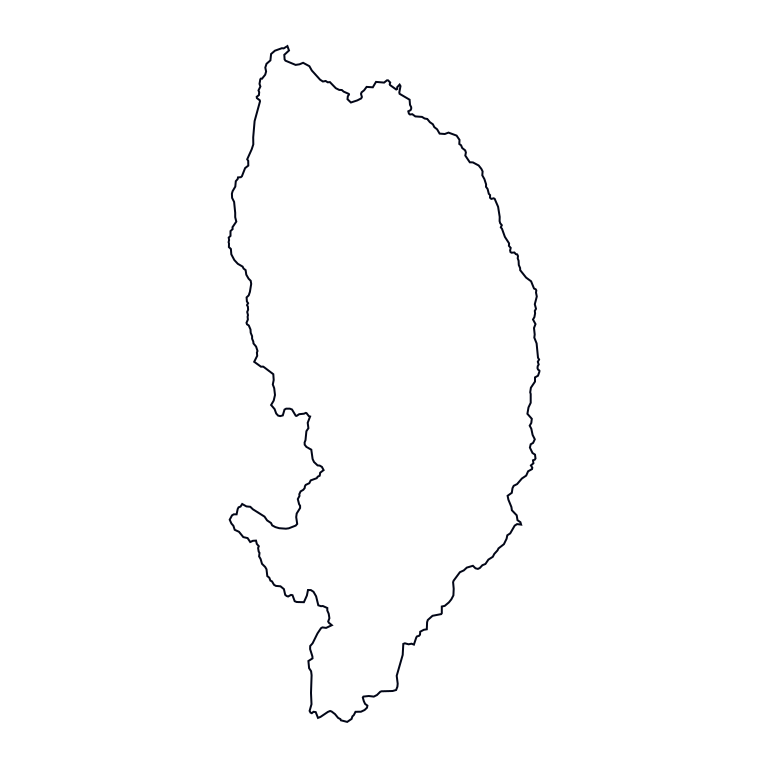 the district of Cotabambas, Apurímac, Peru
{"feature_id": "86281439B97750669772673", "entity_name": "Cotabambas", "entity_type": "district", "adm_level": 2, "iso_a3": "PER", "parent_name": "Peru", "parent_adm1": "Apurímac", "projection": "natural_earth1", "projection_center": [-72.288, -14.041], "detail": "fine", "context": "isolated", "style": "outline", "palette": "ink", "viewbox_px": 768, "rotation_deg": 0, "n_neighbors": 0, "source": "geoboundaries", "source_scale": "gbopen_adm2", "svg_char_len": 6063}
<svg xmlns="http://www.w3.org/2000/svg" viewBox="0 0 768 768"><path d="M245.1,168.1L241.9,176.3L240.8,177.2L238.0,177.4L237.7,179.0L235.8,181.2L235.3,186.6L232.6,191.2L231.9,193.7L232.1,197.9L234.1,201.9L235.2,212.8L235.2,217.2L236.3,221.6L232.5,227.2L232.6,229.1L230.5,231.1L230.5,235.9L228.7,237.6L229.1,240.0L228.6,242.2L229.0,243.5L228.9,247.1L230.9,249.0L231.3,254.3L234.3,260.0L237.8,263.8L242.6,266.6L243.6,268.6L245.6,270.1L246.3,274.7L248.6,278.7L250.7,280.8L251.2,283.9L249.9,291.9L248.7,295.4L246.6,297.4L246.9,301.5L248.1,303.2L247.0,305.1L247.9,306.7L248.1,309.7L247.2,312.0L248.0,315.1L247.6,316.8L247.9,319.5L246.5,322.8L247.0,324.3L248.8,325.5L250.5,329.5L250.7,332.8L252.1,336.2L252.1,338.7L253.3,341.6L253.5,343.5L256.1,346.6L257.5,351.0L256.9,352.5L257.2,355.8L254.2,361.8L261.0,366.7L263.1,366.6L264.2,367.3L273.3,374.2L273.7,380.0L272.8,384.5L274.2,388.2L275.0,395.0L273.7,400.6L271.1,405.0L274.6,409.1L276.2,413.5L278.1,415.6L280.2,416.1L282.8,415.4L284.5,409.6L286.1,408.7L289.9,408.7L292.0,409.5L295.7,415.7L296.6,415.9L299.2,414.2L304.0,413.7L305.8,412.9L306.5,413.1L308.8,416.1L310.1,416.5L307.7,422.8L308.4,428.2L306.4,431.2L305.5,440.1L304.6,442.5L304.7,444.7L306.4,446.9L311.3,449.7L312.6,459.0L314.0,462.0L317.6,465.4L319.7,465.6L321.9,466.9L323.6,470.1L320.2,472.7L319.7,475.7L317.7,476.7L316.7,478.2L310.7,480.4L309.3,483.2L305.7,484.9L304.9,486.3L304.7,488.0L303.3,489.8L300.6,491.4L299.3,494.2L299.5,495.9L297.8,499.1L299.1,504.2L300.1,505.8L300.1,508.0L296.7,513.5L296.2,517.1L297.2,523.9L295.7,525.6L288.8,528.3L285.9,528.7L279.2,528.2L275.4,527.1L272.2,525.4L271.0,523.0L267.1,520.4L264.5,516.6L252.9,509.3L250.3,506.8L246.4,506.4L242.2,504.0L240.5,506.6L238.6,507.3L237.7,509.0L236.6,514.3L233.8,514.3L232.0,515.4L229.7,519.7L231.4,523.5L233.4,525.8L234.7,529.8L239.0,531.8L243.3,537.1L247.6,538.1L250.2,542.0L252.9,540.8L256.0,540.6L256.8,543.9L258.8,546.2L258.1,548.0L258.7,551.6L259.5,552.9L259.1,556.4L260.6,559.0L262.0,563.8L265.2,567.0L266.5,569.3L267.3,576.1L269.3,577.7L270.4,580.6L272.0,581.4L274.0,584.8L275.9,585.9L280.5,586.3L283.9,589.1L285.2,594.8L286.6,596.0L288.1,596.5L291.0,594.9L292.5,595.2L294.7,601.2L296.7,602.0L303.9,602.2L306.9,595.5L308.0,590.0L310.9,590.1L313.5,591.8L316.1,596.3L318.3,605.3L321.0,606.2L322.8,606.0L327.3,608.0L327.3,610.5L328.7,613.7L329.4,618.2L328.2,621.5L328.8,622.7L331.8,625.2L326.1,627.9L322.4,627.4L321.0,628.2L317.5,633.4L312.6,643.3L310.2,646.0L310.1,649.1L312.4,656.4L312.5,658.4L308.4,661.0L309.1,668.2L311.1,671.2L311.6,675.2L311.0,692.9L311.5,704.2L309.6,710.9L310.5,712.6L311.8,713.2L313.5,711.8L315.7,712.1L318.0,717.9L320.5,716.9L327.9,711.9L330.1,711.0L331.6,711.5L335.0,714.1L338.1,717.9L340.4,719.1L340.9,720.3L347.2,721.9L351.6,718.9L352.4,716.4L353.8,715.1L355.5,711.8L361.0,711.7L364.6,710.0L367.0,707.7L367.4,705.6L365.1,703.9L363.8,701.1L362.8,697.5L363.4,696.6L368.8,696.0L373.8,696.6L377.0,695.0L380.2,691.8L381.5,691.3L392.6,691.0L396.1,690.0L397.4,686.7L397.7,683.7L396.7,675.8L402.7,654.9L403.3,643.9L404.9,643.3L408.6,644.3L411.5,643.7L413.9,644.6L416.3,637.4L417.0,636.4L419.1,635.8L420.0,634.6L420.2,631.7L423.8,629.8L426.8,629.3L427.1,622.2L427.8,620.0L432.5,615.8L441.2,614.1L441.8,613.2L441.8,606.5L444.7,605.9L448.9,602.4L451.3,599.4L453.4,595.4L453.7,588.8L453.1,582.2L453.6,580.7L459.9,572.2L463.8,570.4L466.8,567.6L472.9,565.8L475.5,568.3L477.9,568.9L479.8,568.0L482.4,565.2L485.4,564.0L488.4,559.6L492.8,556.8L494.3,553.9L497.5,550.4L498.5,548.4L503.9,544.2L506.6,538.7L507.3,535.3L510.2,533.4L514.7,525.6L517.1,524.1L521.1,524.6L520.4,522.2L517.5,520.2L516.7,515.3L511.9,510.3L511.4,507.0L508.4,499.7L507.6,495.8L511.8,492.8L512.5,488.2L513.7,485.8L517.1,484.1L521.9,478.5L526.2,475.6L528.1,471.3L532.0,469.1L532.3,467.7L530.9,465.4L533.4,463.3L533.0,460.3L534.7,459.7L535.5,458.5L535.0,454.6L532.5,453.0L529.9,447.6L530.7,444.3L533.1,442.9L534.8,439.3L532.6,434.9L531.3,428.7L529.7,425.7L531.3,422.9L531.8,418.8L527.4,413.8L528.5,407.4L530.7,402.8L530.7,394.0L530.2,392.3L530.9,387.7L535.0,381.6L535.0,377.4L538.0,375.7L539.4,371.7L539.4,370.6L538.0,369.5L537.5,368.1L537.7,366.2L538.7,364.5L537.8,361.8L539.1,359.5L538.0,357.7L536.6,343.4L534.3,337.6L534.7,334.5L534.0,328.0L535.5,324.1L533.0,319.5L534.4,317.1L535.1,313.3L534.8,310.9L536.0,308.8L534.8,304.2L536.8,296.5L536.0,292.6L536.3,290.4L535.7,289.3L534.0,288.5L531.1,281.3L526.1,277.6L520.2,270.2L520.1,268.0L518.8,265.0L518.6,260.8L517.7,258.3L518.0,256.1L517.2,254.4L515.8,254.1L514.4,252.5L511.5,252.7L510.5,252.1L510.1,250.4L510.7,247.9L508.9,245.8L509.1,243.4L504.9,236.9L502.0,228.8L500.8,227.3L501.8,225.2L500.2,223.2L499.6,221.1L499.7,216.9L498.1,206.8L494.7,198.9L493.7,198.3L491.3,198.9L490.0,197.7L490.1,195.1L488.8,193.8L487.6,189.0L486.0,186.8L486.1,184.4L484.4,179.1L482.3,175.3L482.6,171.4L481.3,168.8L478.7,165.5L472.9,162.4L469.8,162.3L465.3,155.6L465.9,152.5L465.2,150.4L462.2,148.0L461.1,145.3L459.3,144.0L459.5,139.9L456.6,135.6L448.5,132.6L444.8,134.0L439.6,133.6L437.1,129.3L434.3,127.1L432.9,124.3L429.9,122.2L427.3,119.0L424.6,118.5L422.0,116.9L415.3,116.4L412.3,114.2L410.0,114.5L408.9,113.6L408.3,111.3L410.5,110.2L411.2,108.8L411.2,107.2L410.0,104.8L409.6,99.7L399.6,93.8L399.3,92.4L400.5,86.1L399.6,84.6L397.2,87.2L397.2,89.0L396.2,89.5L390.1,85.1L389.7,84.3L390.2,82.5L388.0,80.3L387.0,80.3L384.1,82.6L376.0,81.9L372.8,87.3L366.6,86.9L364.1,90.3L361.6,92.3L361.0,93.9L361.9,97.0L361.2,98.4L357.3,100.4L350.9,102.5L347.5,99.2L347.8,96.3L349.0,94.6L348.8,93.9L343.6,91.6L341.8,90.0L339.2,89.9L335.8,88.2L329.9,82.1L327.7,82.3L325.7,81.0L322.9,81.5L320.1,79.7L311.8,70.5L309.4,66.2L303.1,62.8L299.5,64.3L295.6,64.9L285.5,60.7L284.6,59.4L284.3,54.8L289.0,50.5L287.4,46.1L283.7,48.4L281.9,48.2L274.9,50.7L271.1,54.0L270.4,60.4L266.5,63.8L265.3,67.6L266.1,71.5L265.2,74.7L262.0,78.7L260.9,78.6L260.3,79.3L259.5,83.9L260.4,86.5L258.5,90.4L259.2,92.2L258.9,95.1L256.7,96.8L256.9,98.1L259.8,100.3L260.0,101.4L254.6,121.1L253.2,137.4L253.3,144.4L251.7,149.3L247.2,159.3L248.2,160.8L248.3,165.6L245.1,168.1Z" fill="none" stroke="#020617" stroke-width="2"/></svg>